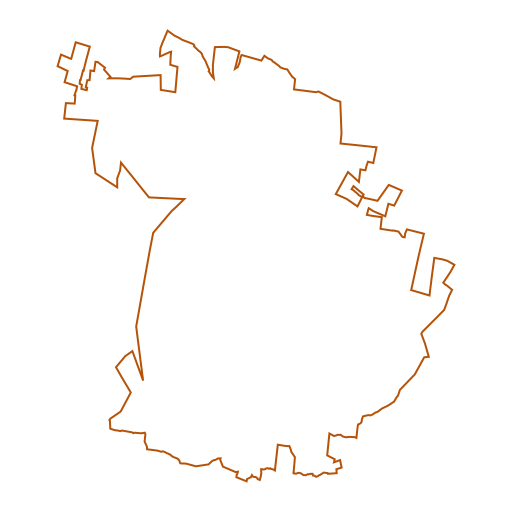 Tecoh, Yucatán, Mexico (Robinson projection)
{"feature_id": "50627088B87293297593146", "entity_name": "Tecoh", "entity_type": "district", "adm_level": 2, "iso_a3": "MEX", "parent_name": "Mexico", "parent_adm1": "Yucatán", "projection": "robinson", "projection_center": [-89.462, 20.666], "detail": "fine", "context": "isolated", "style": "outline", "palette": "amber", "viewbox_px": 512, "rotation_deg": 0, "n_neighbors": 0, "source": "geoboundaries", "source_scale": "gbopen_adm2", "svg_char_len": 4868}
<svg xmlns="http://www.w3.org/2000/svg" viewBox="0 0 512 512"><path d="M262.2,469.2L263.5,469.5L265.1,469.2L265.7,468.6L267.7,468.2L268.2,468.3L269.1,468.8L270.4,468.3L271.2,469.0L272.9,469.3L274.9,470.5L277.8,444.7L285.0,445.9L286.8,446.0L288.6,446.2L289.2,446.0L289.3,446.0L290.5,448.7L291.4,452.0L294.9,457.1L294.8,458.2L294.4,463.7L293.5,473.3L294.1,473.5L296.3,473.6L296.9,473.5L297.8,472.9L299.2,472.9L300.9,473.3L301.4,473.7L301.9,474.0L303.5,475.1L305.9,475.2L307.7,474.2L308.6,474.4L309.8,473.9L312.5,473.8L313.1,475.6L314.2,475.6L316.2,476.8L318.0,476.1L319.1,475.2L320.1,474.9L323.6,472.6L327.7,473.1L327.9,473.8L336.7,473.2L336.4,469.2L341.6,467.6L340.1,460.1L334.0,462.3L334.7,459.2L327.2,455.4L329.4,433.5L334.0,436.0L336.0,435.5L337.4,434.9L340.7,434.8L342.7,436.4L345.7,437.3L349.3,436.9L350.6,436.9L354.9,437.2L356.4,437.9L357.3,429.7L357.7,426.3L358.1,424.4L359.4,424.0L360.7,423.1L361.5,422.1L362.0,419.0L362.0,418.9L363.0,416.4L366.6,415.5L368.2,415.1L370.3,415.4L372.7,414.4L375.5,412.5L377.5,411.9L382.0,408.5L387.7,405.8L394.1,401.6L396.8,396.9L398.0,395.7L399.9,389.9L414.8,374.4L424.2,357.3L428.8,356.8L424.9,343.3L421.3,333.8L422.5,331.7L432.5,321.7L441.0,313.1L444.1,310.0L444.5,309.1L444.8,308.2L446.6,303.3L447.2,301.4L449.2,295.7L452.1,289.8L446.6,285.3L445.4,284.7L443.3,282.7L450.3,272.2L454.4,264.8L447.3,260.8L442.6,259.4L434.3,257.9L431.7,277.5L429.5,295.5L411.2,290.1L415.0,272.6L418.7,255.7L423.9,233.7L406.9,229.4L405.1,233.7L404.7,237.3L402.4,236.9L398.5,231.6L393.1,230.4L392.7,230.7L380.5,228.8L381.8,217.2L372.0,215.8L366.9,214.9L368.2,209.7L368.8,208.2L373.1,211.1L385.3,216.3L388.4,203.8L394.2,205.6L401.9,190.6L388.8,184.9L377.5,200.8L370.1,199.1L366.3,198.3L364.5,198.0L362.7,196.0L363.6,194.5L361.2,192.6L353.5,186.1L351.6,189.2L353.0,189.9L357.6,193.8L358.6,195.0L359.5,195.5L360.0,195.8L362.1,197.2L360.9,199.7L357.5,206.4L346.6,198.9L335.8,194.1L342.7,181.6L348.0,172.0L358.9,181.9L360.4,169.4L365.4,170.3L366.7,165.2L368.0,161.7L373.3,163.0L376.5,147.3L357.9,145.3L340.5,143.5L341.5,133.5L340.3,101.7L333.3,99.4L325.3,95.0L318.5,91.5L316.0,92.2L294.0,89.4L295.1,79.2L292.0,76.5L288.5,71.4L288.5,71.2L287.2,69.4L284.1,68.8L280.4,67.4L279.0,65.9L273.9,62.1L272.8,61.5L271.6,59.9L267.8,58.3L264.4,55.8L261.4,60.6L241.6,55.0L240.7,56.9L240.6,57.3L239.9,61.4L239.4,63.1L237.6,67.3L236.2,67.9L236.1,68.0L235.0,68.8L239.4,51.4L228.1,47.2L224.1,46.9L214.9,47.1L212.9,64.8L212.9,72.2L213.8,78.4L212.0,76.4L209.1,71.8L208.7,71.5L208.8,71.3L209.3,69.7L209.0,69.0L208.3,67.9L207.3,65.5L206.3,63.2L205.8,61.7L205.1,60.4L204.2,59.0L202.5,56.1L202.3,55.1L202.0,54.2L201.7,53.6L200.8,52.5L199.3,51.2L198.6,50.8L196.1,48.3L194.0,46.3L194.3,45.4L193.8,44.6L193.5,44.3L188.8,42.3L185.8,41.2L184.2,40.6L182.0,39.7L178.7,37.7L174.3,35.5L167.6,30.7L165.3,36.0L164.4,38.3L163.6,40.1L162.1,43.6L161.8,44.6L160.5,47.9L159.9,54.2L159.9,55.1L160.0,56.4L161.3,55.9L169.5,52.2L171.1,51.7L170.9,53.7L170.6,58.1L170.3,64.8L177.5,66.9L175.3,92.2L160.8,89.9L160.6,75.1L133.2,76.7L130.2,79.0L124.3,78.6L122.1,78.5L117.4,78.3L113.1,78.3L108.6,78.4L110.4,76.8L109.1,75.3L104.0,69.5L105.0,67.7L97.6,62.0L95.5,61.8L94.1,71.1L90.5,70.5L89.6,80.1L87.3,80.2L86.4,84.4L86.0,86.3L85.9,86.3L85.8,87.3L87.2,87.7L86.8,89.9L86.7,90.2L81.4,88.9L81.8,84.7L81.5,84.6L79.7,83.8L80.0,80.1L80.7,79.9L80.7,79.5L81.0,78.4L81.8,75.2L82.1,74.2L83.0,70.5L83.6,70.7L86.0,60.7L89.8,46.6L75.7,42.3L71.2,58.8L69.2,58.2L68.8,57.9L61.0,54.6L57.6,66.2L67.7,71.0L64.6,82.2L75.4,85.7L77.1,86.3L77.1,86.5L76.5,89.2L76.5,89.7L76.4,89.7L75.8,91.3L74.5,95.3L75.3,95.4L74.7,103.6L65.9,103.1L64.2,118.6L96.7,120.8L97.7,120.9L92.1,147.9L95.5,173.2L117.2,187.3L117.2,178.3L120.1,170.5L121.0,162.6L130.2,174.0L144.7,192.1L149.0,197.4L179.6,198.9L179.8,198.9L184.3,199.0L177.3,205.8L177.2,206.0L171.6,211.1L153.2,232.8L149.7,250.8L143.6,284.7L141.1,298.8L136.2,326.5L137.8,339.3L143.1,380.6L132.4,351.1L125.3,356.1L116.0,367.2L121.4,376.7L130.8,392.5L120.7,411.5L110.3,418.7L109.6,419.6L109.4,420.2L110.0,421.0L110.0,422.5L110.3,428.7L115.2,430.3L116.5,430.3L120.5,431.1L121.8,430.5L131.9,432.3L133.4,433.2L134.2,432.7L141.4,433.3L144.8,432.7L145.4,434.2L144.6,441.5L146.9,446.6L147.1,449.3L151.2,449.8L157.9,450.7L158.8,451.0L161.4,451.8L162.4,451.4L163.6,451.5L166.3,452.8L167.0,453.3L168.2,453.6L169.4,454.4L170.2,454.5L171.3,455.7L173.3,457.0L176.8,458.3L178.4,459.3L178.7,459.8L179.3,460.5L180.1,463.0L180.7,463.4L185.8,463.6L186.8,463.8L192.6,465.4L195.9,466.3L208.5,464.4L211.9,461.2L214.2,460.0L215.5,459.9L218.1,458.4L220.6,458.4L220.2,459.8L222.9,466.6L235.7,472.1L237.9,471.7L237.9,471.8L237.1,474.3L236.7,474.6L236.4,477.2L246.6,481.3L247.1,479.0L250.8,477.3L251.9,475.1L252.9,476.6L253.6,476.9L254.3,476.9L255.4,477.0L256.7,477.6L257.3,478.3L257.7,479.1L258.5,479.4L259.7,480.0L260.7,476.7L261.3,473.3L261.1,469.2L262.2,469.2Z" fill="none" stroke="#b45309" stroke-width="2"/></svg>